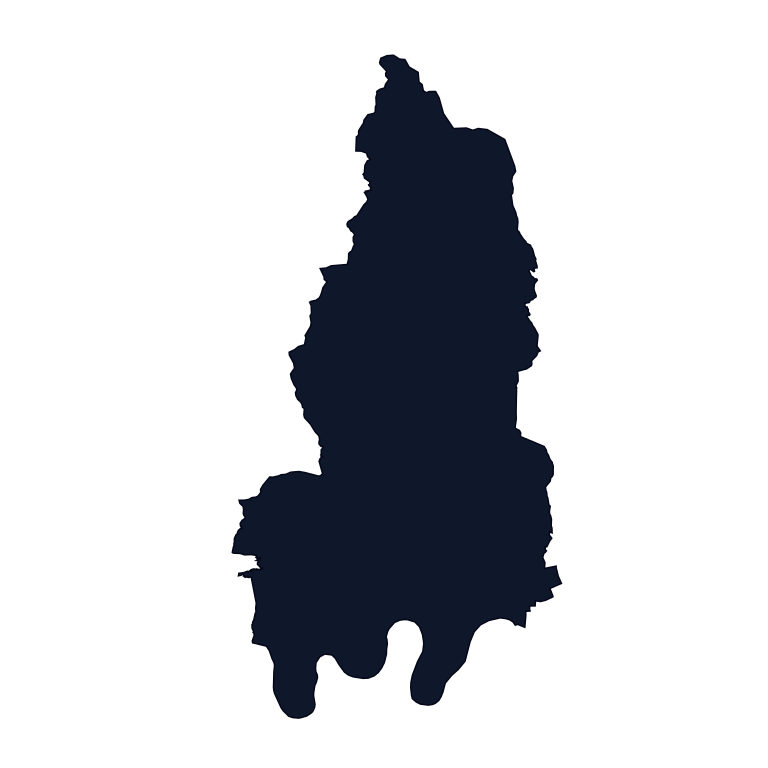 Gurasada, Hunedoara, Romania (orthographic projection), rotated 356°
{"feature_id": "2599482B26804986982160", "entity_name": "Gurasada", "entity_type": "district", "adm_level": 2, "iso_a3": "ROU", "parent_name": "Romania", "parent_adm1": "Hunedoara", "projection": "orthographic", "projection_center": [22.572, 45.999], "detail": "fine", "context": "isolated", "style": "filled", "palette": "ink", "viewbox_px": 768, "rotation_deg": 356, "n_neighbors": 0, "source": "geoboundaries", "source_scale": "gbopen_adm2", "svg_char_len": 6144}
<svg xmlns="http://www.w3.org/2000/svg" viewBox="0 0 768 768"><g transform="rotate(356 384 384)"><path d="M513.8,421.1L515.8,399.3L515.6,398.1L516.2,397.4L515.7,395.8L515.2,395.3L518.0,390.6L518.3,384.0L517.9,380.7L527.4,378.8L532.4,375.9L532.9,374.2L532.8,371.5L533.5,370.5L538.1,366.4L540.0,362.7L542.2,361.8L539.6,357.5L539.4,355.9L541.0,346.5L541.0,345.3L538.0,338.5L536.5,336.3L535.4,333.1L534.1,331.7L531.2,326.5L531.5,325.8L533.6,325.7L534.3,325.2L534.4,324.5L532.9,321.9L533.2,319.8L532.9,319.1L532.2,319.0L532.2,317.2L530.7,317.0L530.2,316.1L530.0,313.4L534.6,312.8L535.8,310.7L538.4,310.1L538.9,309.3L541.7,307.8L542.0,306.6L540.5,301.5L540.2,299.1L541.1,294.5L544.2,291.1L543.7,289.9L541.4,289.5L540.4,288.0L538.5,286.6L536.3,280.6L538.3,279.8L541.1,282.4L542.0,282.1L541.7,278.9L544.8,278.8L544.9,277.0L543.7,271.8L544.2,269.8L543.0,267.0L541.6,259.7L540.1,257.2L539.9,255.9L536.0,253.6L535.4,251.9L533.1,249.1L529.8,243.2L529.7,242.1L527.9,240.1L527.8,238.8L528.9,231.6L528.8,228.2L527.9,225.7L527.4,222.0L524.9,215.1L524.1,204.4L525.7,202.5L526.5,197.7L525.4,190.3L526.7,185.6L530.1,181.1L529.5,175.8L521.5,148.5L504.7,137.4L495.8,135.7L490.3,137.1L484.1,134.4L471.2,134.0L462.2,118.4L458.9,102.4L455.9,95.8L449.5,95.4L446.6,96.4L443.7,94.2L442.9,87.9L440.0,85.3L439.8,75.5L431.2,69.6L427.5,61.8L422.1,60.9L416.4,56.7L409.8,56.7L403.6,58.8L402.1,62.9L402.5,64.7L408.5,72.2L407.3,74.3L407.3,76.9L409.8,80.0L409.8,81.0L406.5,85.0L405.1,88.7L400.2,89.8L397.4,91.5L397.0,92.4L397.5,93.1L395.9,97.6L395.8,104.8L394.8,106.9L394.2,111.9L392.8,113.3L386.7,114.3L382.5,119.3L381.7,122.4L376.8,128.9L376.2,130.5L376.2,133.2L375.0,134.8L373.7,135.5L372.2,149.6L377.5,150.1L382.7,152.4L383.5,156.1L385.8,158.7L385.5,159.3L382.9,160.3L380.6,163.8L380.0,165.5L379.2,171.7L377.7,173.5L378.6,174.7L378.9,177.2L384.3,181.7L383.3,184.0L382.6,184.2L382.7,184.9L384.1,186.2L384.3,189.6L379.2,190.4L379.6,191.0L377.9,191.5L380.0,195.8L380.9,198.8L379.3,201.5L376.6,203.7L368.7,214.3L366.3,215.1L364.2,217.1L359.6,219.5L358.2,221.9L358.6,224.4L360.0,225.3L361.8,229.0L363.2,229.9L365.2,232.8L363.6,235.3L363.3,239.3L364.4,242.9L363.4,244.0L361.0,249.2L358.8,250.3L357.8,251.7L357.3,257.1L355.7,262.2L339.6,262.4L334.3,264.3L328.4,264.4L331.7,272.8L331.7,275.5L334.3,278.1L329.7,283.8L328.4,287.9L326.7,291.7L325.3,293.7L321.8,295.8L317.2,296.4L315.5,297.2L316.8,300.7L316.6,307.9L316.3,309.2L315.0,310.9L315.7,317.6L314.7,321.5L308.7,330.2L309.4,332.3L307.4,339.3L301.2,340.7L297.2,343.5L291.6,345.7L291.6,348.5L295.4,357.1L295.8,362.0L291.5,367.4L291.9,371.6L294.2,378.4L296.4,382.0L296.5,384.2L295.1,386.4L295.3,389.4L296.9,393.4L299.6,396.1L300.9,399.0L301.1,401.5L302.8,403.0L301.9,409.3L302.4,412.1L307.8,418.9L312.0,426.9L315.4,431.1L315.9,434.6L315.0,437.8L315.0,439.3L316.8,441.8L318.8,442.1L317.8,444.2L316.8,445.2L316.5,449.4L315.9,450.4L317.6,452.0L316.1,452.2L316.1,453.3L314.8,454.3L314.8,455.1L314.2,455.6L313.9,456.8L316.5,469.2L314.2,471.1L312.3,471.3L298.9,466.8L293.1,465.4L289.5,465.4L284.9,465.5L279.6,467.3L275.2,467.3L272.6,468.3L266.7,469.2L263.5,468.8L256.2,476.5L253.5,480.5L253.5,483.6L250.6,486.9L248.4,487.9L244.3,488.1L241.3,489.6L236.5,490.2L231.3,489.8L231.9,493.0L234.9,496.3L235.2,499.6L234.6,503.2L235.1,505.4L236.3,507.0L236.2,507.7L234.2,509.6L233.1,509.9L230.8,513.0L230.9,515.7L231.5,516.9L232.7,517.8L230.4,518.4L228.5,519.9L226.7,523.7L225.9,524.1L224.4,526.8L223.9,528.0L223.7,532.0L223.3,532.2L223.1,533.3L223.2,534.2L223.7,534.9L222.6,535.4L220.9,541.4L221.8,542.2L228.8,543.0L232.9,544.7L239.4,544.9L243.2,545.7L245.1,546.6L244.2,548.1L249.2,549.5L245.2,549.6L245.4,550.7L244.5,551.1L245.3,551.2L246.0,551.8L246.0,552.3L246.5,552.4L245.4,553.4L245.2,555.1L248.2,558.5L250.0,559.5L247.9,558.7L247.8,559.0L249.5,559.9L249.1,560.4L247.4,560.7L244.8,559.9L245.2,560.4L244.0,560.8L241.9,559.5L240.6,559.5L240.4,560.3L239.5,559.7L238.1,560.2L237.9,560.7L238.4,561.5L236.5,561.1L235.4,562.4L234.6,561.3L230.5,562.5L226.0,562.7L225.4,565.2L228.7,564.6L228.8,564.1L229.8,563.8L231.4,565.8L230.7,566.0L232.1,567.2L233.0,566.8L235.4,567.6L237.2,567.1L238.1,567.6L241.3,593.7L240.4,598.6L240.4,602.4L239.4,604.2L237.8,609.9L236.4,612.4L236.3,614.0L235.5,614.8L235.4,618.6L236.7,621.8L236.1,622.6L236.7,623.2L237.0,625.7L234.7,631.1L234.9,633.0L248.4,637.3L251.0,641.9L253.2,650.1L254.8,654.2L255.2,657.0L254.1,663.5L252.6,678.9L252.7,681.9L253.3,685.1L258.9,700.0L260.5,702.7L265.7,708.7L269.7,710.4L275.4,711.3L277.8,711.1L283.9,709.7L289.0,706.8L290.5,705.0L292.1,702.0L292.8,698.9L292.0,690.1L292.3,687.0L293.9,680.0L295.6,676.9L297.2,672.2L297.1,669.4L295.9,666.0L295.9,662.6L296.7,657.3L300.9,651.7L306.1,649.3L313.0,650.6L316.3,654.2L319.4,660.5L324.5,668.7L328.3,671.9L333.0,674.0L342.7,676.2L347.7,676.3L353.7,674.5L358.1,671.4L361.8,667.1L364.9,661.9L367.6,653.6L368.0,648.8L369.2,643.5L369.1,639.4L368.5,636.4L370.4,631.0L372.1,628.3L377.9,622.6L383.3,620.7L387.2,620.4L390.9,620.7L398.2,623.5L402.5,628.7L404.9,636.4L405.5,643.3L405.5,646.1L404.1,653.6L398.2,663.2L392.0,676.6L390.1,683.6L389.5,688.6L389.8,696.7L390.4,699.9L394.0,703.5L398.1,705.9L405.8,707.4L410.4,707.0L413.2,705.9L416.6,703.5L419.1,699.9L421.3,695.3L424.2,686.7L431.0,679.5L438.3,673.8L445.5,666.2L451.8,647.3L456.7,637.5L463.5,630.9L472.1,627.2L483.6,625.4L489.5,626.6L493.4,628.2L496.3,630.6L498.1,633.7L500.6,633.1L507.5,636.5L509.4,624.3L509.5,620.6L514.5,620.7L513.5,620.3L513.8,615.6L519.3,615.9L520.0,610.9L524.9,611.9L530.1,611.0L537.6,608.1L537.8,607.6L535.2,599.5L547.1,595.3L544.4,587.9L543.0,579.8L543.0,577.7L531.2,579.2L532.1,573.5L530.2,568.1L531.8,563.9L533.1,563.3L534.4,561.7L533.2,560.5L533.6,557.7L535.1,557.7L538.3,552.2L540.6,549.5L538.3,546.1L538.9,543.1L541.3,544.3L541.5,539.5L540.9,537.0L541.6,530.8L541.1,527.4L540.1,524.9L540.1,522.7L541.3,517.5L540.1,516.2L539.4,508.9L538.8,507.4L538.7,503.4L538.1,501.4L537.9,498.0L543.0,492.5L543.8,489.3L545.5,487.8L546.4,486.2L547.1,477.7L546.1,473.4L544.3,470.9L543.1,466.6L541.6,463.9L541.3,461.2L539.4,457.5L516.7,446.1L516.6,443.8L517.0,442.5L515.9,439.8L512.2,437.6L511.7,436.7L513.5,428.3L513.8,421.1Z" fill="#0f172a" stroke="#020617" stroke-width="1.5"/></g></svg>